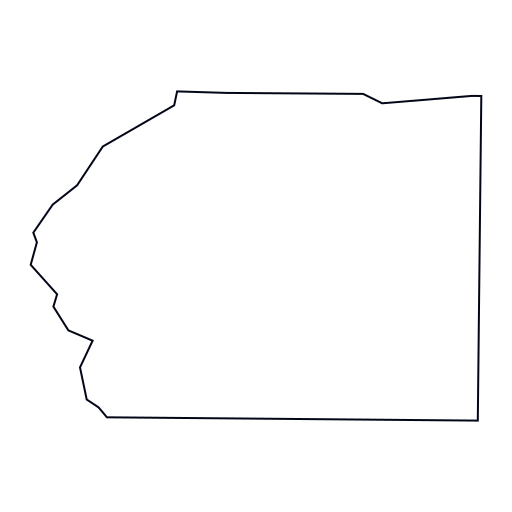 outline of Dooly, Georgia, United States of America
{"feature_id": "52423323B79828539547884", "entity_name": "Dooly", "entity_type": "district", "adm_level": 2, "iso_a3": "USA", "parent_name": "United States of America", "parent_adm1": "Georgia", "projection": "mercator", "projection_center": [-83.877, 32.16], "detail": "fine", "context": "isolated", "style": "outline", "palette": "ink", "viewbox_px": 512, "rotation_deg": 0, "n_neighbors": 0, "source": "geoboundaries", "source_scale": "gbopen_adm2", "svg_char_len": 398}
<svg xmlns="http://www.w3.org/2000/svg" viewBox="0 0 512 512"><path d="M477.8,420.6L479.0,308.0L481.3,96.0L471.6,95.9L382.2,103.3L363.1,93.9L226.0,92.9L177.1,91.4L174.2,105.3L102.8,146.5L77.1,185.3L52.7,204.6L33.3,232.7L36.9,242.3L30.7,264.8L57.1,294.3L53.4,306.6L68.4,330.4L92.6,340.7L80.0,367.4L86.7,399.5L98.6,407.4L106.9,417.3L477.8,420.6Z" fill="none" stroke="#020617" stroke-width="2"/></svg>